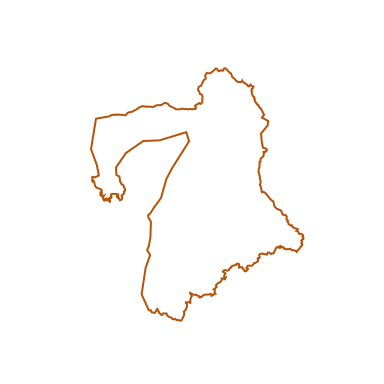 the district of Cagaannuur, Hövsgöl, Mongolia, rotated 125°
{"feature_id": "93677404B97246695364333", "entity_name": "Cagaannuur", "entity_type": "district", "adm_level": 2, "iso_a3": "MNG", "parent_name": "Mongolia", "parent_adm1": "Hövsgöl", "projection": "mercator", "projection_center": [98.912, 51.64], "detail": "fine", "context": "isolated", "style": "outline", "palette": "amber", "viewbox_px": 384, "rotation_deg": 125, "n_neighbors": 0, "source": "geoboundaries", "source_scale": "gbopen_adm2", "svg_char_len": 6009}
<svg xmlns="http://www.w3.org/2000/svg" viewBox="0 0 384 384"><g transform="rotate(125 192 192)"><path d="M71.5,235.8L72.7,236.7L73.9,236.2L75.1,236.3L75.6,238.1L77.8,239.4L77.3,241.3L76.7,242.2L77.3,243.5L78.6,243.5L84.2,245.1L85.4,246.7L85.8,248.0L86.4,248.2L87.9,248.2L89.6,247.7L90.1,246.7L91.5,245.8L92.9,246.4L94.1,246.4L96.3,246.3L99.4,245.5L100.1,245.6L101.9,246.8L104.5,246.0L105.3,244.8L105.5,243.9L107.2,241.5L106.7,240.2L106.8,239.4L108.1,237.8L110.3,236.7L112.4,235.1L114.7,235.3L115.0,235.6L114.9,236.8L115.2,237.3L117.0,237.7L118.0,238.7L120.0,238.8L120.5,237.3L121.4,236.7L122.0,236.9L123.6,238.7L124.6,240.1L125.0,241.2L125.6,241.4L126.4,242.5L127.7,245.0L128.6,245.9L129.2,247.6L130.0,248.6L131.2,249.3L133.5,252.6L133.3,254.2L134.0,257.3L134.2,260.6L133.6,262.1L133.6,262.7L134.5,265.2L135.6,266.0L137.9,266.8L139.2,267.9L140.7,270.2L142.7,271.6L144.5,272.4L147.3,277.1L148.2,278.0L148.5,279.1L149.4,280.0L149.9,281.6L150.5,282.2L153.2,283.8L157.5,285.4L158.9,286.4L159.7,286.5L161.5,287.8L163.3,289.7L164.5,290.2L166.8,290.3L167.6,290.9L168.2,291.8L168.6,293.3L170.1,295.2L170.4,296.3L171.5,297.3L172.5,299.2L173.3,299.6L173.8,300.8L175.5,302.3L177.4,303.1L187.0,312.7L214.8,299.3L224.5,285.4L231.9,277.8L235.7,279.9L236.1,281.4L236.8,282.3L237.7,281.9L238.7,280.5L240.0,280.4L240.5,279.4L239.6,278.9L239.6,278.2L241.9,275.7L242.6,274.8L243.2,273.1L242.1,268.1L242.5,266.8L246.1,264.3L246.3,264.4L245.3,265.3L244.7,266.6L245.2,266.6L247.1,265.1L247.3,264.8L247.3,264.3L245.9,262.5L247.0,262.6L245.8,262.0L247.8,261.9L249.4,259.4L249.4,259.0L248.4,258.8L248.3,259.3L248.0,259.3L246.6,258.6L246.6,258.2L246.9,258.0L246.7,257.5L247.6,257.2L247.1,256.8L246.7,257.3L246.3,256.5L246.3,256.0L246.8,255.4L246.6,255.0L246.9,254.8L247.3,253.9L247.1,253.6L246.4,253.9L245.6,255.0L245.6,255.6L245.2,255.9L245.6,256.5L245.2,256.7L243.8,255.7L243.5,255.0L242.5,254.9L242.2,255.4L242.5,255.5L242.3,255.9L240.2,256.9L238.6,255.5L236.8,252.4L236.8,251.2L236.6,251.7L236.4,251.3L237.8,250.0L238.0,250.2L237.7,250.6L237.2,250.8L237.5,251.3L238.3,251.2L239.2,250.3L239.3,249.6L238.2,249.6L239.2,248.3L239.3,247.6L240.1,246.2L238.4,245.3L236.7,245.8L236.2,246.3L236.0,247.1L235.1,247.7L235.3,247.9L234.9,247.7L234.8,247.4L232.2,246.9L230.4,248.0L229.2,247.6L228.0,248.5L227.3,250.1L225.8,252.1L225.9,254.5L224.7,256.8L220.9,260.4L221.5,263.6L215.6,268.3L198.0,268.5L178.2,261.2L168.4,248.3L146.3,231.0L152.1,223.5L183.8,222.0L196.0,220.5L214.6,214.0L226.4,214.2L234.7,213.9L235.2,214.5L236.1,214.7L237.9,213.1L239.9,208.6L252.8,200.2L261.0,196.3L265.3,195.5L267.7,190.1L280.7,186.5L304.7,174.6L313.4,160.0L313.5,159.2L312.5,157.9L313.7,156.1L312.5,153.4L312.0,153.1L309.6,153.1L308.6,153.6L307.6,153.2L308.8,151.7L308.9,150.7L309.7,149.9L310.2,146.6L310.0,146.1L308.0,146.0L306.1,143.2L307.0,142.2L307.5,140.2L307.4,138.5L306.7,136.9L306.8,135.9L307.3,135.2L306.6,133.6L305.6,133.1L305.7,131.1L304.7,129.8L304.2,127.9L303.5,127.0L298.4,127.6L295.7,128.8L294.9,130.0L291.8,129.6L288.2,130.6L286.9,131.6L286.5,133.2L285.9,133.7L284.1,131.4L283.9,129.9L283.6,129.7L281.5,131.5L279.1,132.3L277.5,132.4L276.4,134.2L276.3,135.3L275.7,135.7L275.4,132.4L275.0,131.3L273.7,129.7L273.9,129.2L273.8,128.3L273.3,126.4L273.5,125.8L274.1,125.5L274.0,125.0L273.4,125.0L272.3,123.8L271.1,123.9L268.8,122.7L266.4,119.5L264.6,118.1L264.7,117.6L265.9,116.4L264.4,115.6L263.4,115.7L261.9,114.4L261.1,116.1L258.9,117.3L259.2,118.3L255.6,117.3L255.3,118.3L253.6,119.1L250.9,118.0L249.8,117.2L249.0,117.3L247.8,116.9L245.7,118.1L244.5,114.9L242.6,115.4L243.1,115.8L243.1,116.9L242.5,117.6L239.5,117.9L239.6,121.0L238.2,121.0L237.0,120.2L236.2,118.0L235.5,117.3L234.5,117.0L233.3,117.4L231.8,116.7L230.7,117.0L229.6,116.7L226.1,113.9L225.2,114.3L224.0,112.5L224.8,111.3L226.1,110.9L227.0,110.2L224.9,108.1L224.9,107.4L225.5,107.0L225.8,106.1L225.7,104.5L226.7,103.6L226.0,102.3L224.3,101.8L222.9,102.1L223.1,103.8L222.7,104.0L220.2,103.9L218.1,100.7L215.7,100.2L215.1,100.6L213.6,99.3L210.8,98.3L209.5,99.2L209.0,100.0L208.2,99.9L208.1,99.2L207.1,98.9L206.7,99.0L205.1,100.9L203.7,100.7L202.2,99.3L201.4,96.7L200.7,96.2L200.4,94.8L198.3,95.2L197.4,94.2L197.6,93.0L197.4,91.6L196.2,91.3L196.0,90.3L195.3,90.0L193.7,90.5L191.9,90.4L191.2,90.9L190.1,90.7L188.9,91.2L187.8,89.2L186.8,89.5L185.5,88.6L186.9,87.6L185.4,86.9L184.8,86.1L185.7,84.6L185.0,84.0L185.3,82.9L184.9,82.4L184.7,81.6L183.9,80.9L183.4,80.0L182.2,79.1L182.4,76.3L181.6,75.8L181.0,74.6L180.9,73.4L180.6,72.8L181.0,71.9L172.1,71.3L171.5,71.7L171.5,72.9L169.6,73.3L169.2,74.5L167.5,74.4L167.0,73.9L166.2,73.9L165.3,75.3L165.3,75.7L164.6,75.6L163.5,76.6L163.8,78.9L164.9,80.4L163.8,81.9L163.6,83.6L163.8,84.1L162.9,83.7L161.9,83.8L161.9,85.1L163.0,87.6L162.8,89.2L162.9,90.0L162.0,91.1L162.9,92.1L162.8,92.5L162.9,94.6L161.6,95.9L161.3,97.1L160.5,97.1L159.8,99.4L158.0,100.0L157.2,101.6L157.6,103.0L158.5,104.5L157.1,107.0L156.4,107.7L156.2,109.0L157.1,112.9L156.4,116.4L153.1,119.9L153.1,123.1L150.8,130.9L150.8,133.2L152.0,134.5L151.5,134.9L151.5,135.4L150.4,136.1L149.4,137.6L148.3,138.4L147.3,140.5L145.3,141.0L143.1,142.6L142.2,144.1L140.3,145.4L139.8,146.3L138.4,147.5L138.2,148.1L137.4,149.0L135.0,150.4L132.1,151.4L131.5,152.2L130.2,152.6L129.0,153.8L127.7,153.4L127.5,153.9L125.5,154.8L124.2,154.8L122.2,154.0L121.1,154.1L120.5,154.8L118.2,155.4L118.2,155.8L117.8,155.5L117.8,156.0L115.8,154.7L114.8,154.6L114.2,155.4L114.0,156.2L115.0,159.3L110.3,164.2L104.4,169.0L94.1,168.2L90.1,170.3L91.0,177.4L87.3,177.3L83.9,184.0L84.1,185.0L83.7,186.2L82.9,186.9L83.2,187.5L82.7,188.3L82.8,189.3L82.4,189.7L82.2,191.1L81.6,191.9L81.4,193.0L79.8,193.8L79.5,195.1L78.5,195.6L78.6,196.7L77.8,198.3L76.0,200.5L74.6,201.0L74.5,201.5L73.9,202.1L73.1,202.3L71.4,201.6L70.3,202.2L70.9,204.2L70.4,205.6L72.6,205.7L73.0,206.2L73.1,207.1L72.5,207.8L72.5,210.5L72.8,211.4L72.5,211.8L72.5,213.7L72.0,214.7L72.6,214.5L74.3,215.3L74.7,216.4L75.5,217.4L75.5,220.0L74.8,222.7L74.8,224.1L74.6,225.0L72.5,228.1L72.6,229.3L71.5,235.8Z" fill="none" stroke="#b45309" stroke-width="2"/></g></svg>